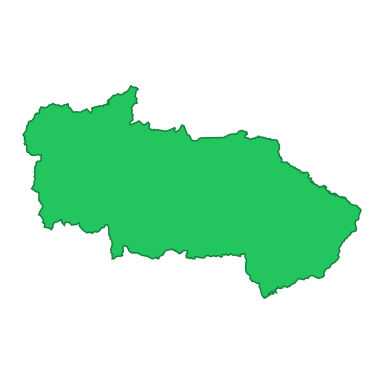 Wiang Sa, Nan, Thailand (Albers equal-area conic projection)
{"feature_id": "78962969B97017444217792", "entity_name": "Wiang Sa", "entity_type": "district", "adm_level": 2, "iso_a3": "THA", "parent_name": "Thailand", "parent_adm1": "Nan", "projection": "albers", "projection_center": [100.768, 18.56], "detail": "fine", "context": "isolated", "style": "filled", "palette": "green", "viewbox_px": 384, "rotation_deg": 0, "n_neighbors": 0, "source": "geoboundaries", "source_scale": "gbopen_adm2", "svg_char_len": 5993}
<svg xmlns="http://www.w3.org/2000/svg" viewBox="0 0 384 384"><path d="M41.0,107.0L39.2,110.5L39.6,112.6L38.4,113.4L37.6,113.1L35.9,113.6L36.1,114.1L34.9,114.8L34.2,117.6L31.7,120.9L30.3,120.9L28.3,122.2L28.6,123.8L26.9,125.8L26.3,130.4L23.0,134.8L24.5,136.6L24.3,137.9L25.1,138.3L24.3,140.0L25.7,141.5L24.2,143.6L24.9,144.8L26.7,145.3L27.0,147.1L26.5,149.8L27.4,152.3L28.9,152.3L30.6,154.7L33.5,155.5L38.5,154.4L39.8,155.3L41.4,154.9L40.9,158.1L41.2,159.9L40.1,161.1L37.8,161.2L36.6,162.1L36.0,163.0L36.3,165.0L34.9,166.8L34.9,170.9L34.3,171.7L34.9,173.5L34.7,176.3L34.2,176.8L35.4,179.1L34.3,180.8L34.0,184.8L31.6,188.7L36.0,191.6L39.1,192.8L38.8,200.2L40.1,201.3L40.1,202.2L41.6,204.4L42.5,204.8L42.7,207.1L40.2,211.0L38.7,214.8L39.9,214.9L42.8,218.7L43.4,221.8L42.6,222.4L44.8,223.8L44.3,227.2L49.6,228.2L51.2,229.7L53.0,227.0L52.8,225.2L54.3,222.6L57.9,221.5L61.2,219.6L62.0,222.6L64.4,225.3L65.1,222.7L65.6,222.4L69.1,222.4L71.6,225.0L76.6,224.4L79.1,223.0L79.5,223.7L79.4,225.9L82.5,229.8L86.8,232.8L90.9,232.1L91.8,233.4L95.0,231.5L96.8,232.1L98.2,231.7L100.2,230.0L100.7,228.5L104.2,227.3L105.1,225.0L107.8,225.1L108.8,228.1L108.9,235.0L110.4,236.9L110.1,238.6L111.7,240.3L112.3,244.3L110.8,249.7L111.2,252.9L112.6,254.0L111.9,255.4L112.5,257.2L112.1,258.8L113.8,258.9L116.6,256.3L121.2,256.1L122.6,255.4L122.6,254.9L121.7,254.6L121.7,253.7L123.3,251.7L122.9,247.0L124.5,245.5L127.4,247.1L129.1,251.0L131.6,252.9L137.6,253.0L141.8,255.3L147.2,256.2L152.2,258.9L156.7,257.4L157.3,258.7L158.7,258.7L159.7,256.2L163.4,254.7L163.8,252.6L164.7,252.2L165.6,250.6L172.4,249.1L173.5,250.3L175.0,250.1L175.6,251.3L176.9,251.3L177.2,252.1L178.8,252.8L178.7,253.4L180.1,253.6L181.9,252.4L182.6,251.2L184.5,250.5L187.1,250.9L187.8,252.5L186.5,253.6L186.7,254.5L186.0,255.6L186.3,257.4L187.3,258.0L188.5,257.4L190.1,258.5L191.3,257.8L192.5,258.7L195.0,258.7L194.8,257.0L196.3,256.6L198.4,257.4L204.1,258.0L205.8,256.0L208.4,255.4L209.5,256.3L211.4,256.5L214.2,255.5L216.0,256.6L217.7,255.7L219.0,255.7L220.3,256.8L221.6,257.0L222.4,256.3L222.8,254.4L225.4,255.0L226.0,254.0L228.2,255.4L231.1,253.9L232.9,255.4L235.5,254.7L237.8,256.0L239.2,255.9L240.2,256.5L240.7,256.1L240.5,254.5L245.0,253.9L245.0,256.7L246.6,260.4L246.0,261.8L245.6,268.0L246.2,272.3L248.3,274.5L250.3,275.6L249.9,278.3L252.1,281.4L254.0,281.4L256.6,283.1L259.1,283.4L259.4,287.3L260.5,289.5L261.7,294.5L263.1,297.0L264.6,297.0L264.4,298.1L266.5,297.2L266.9,296.3L268.1,296.1L269.0,293.2L269.4,293.3L269.2,295.0L270.8,294.5L270.3,293.1L272.0,291.5L272.6,294.0L273.7,293.7L273.1,292.5L274.4,291.6L276.3,292.6L275.2,290.1L275.9,290.2L275.9,289.2L277.6,288.4L277.7,287.2L279.5,288.3L282.1,288.1L283.6,286.1L287.3,287.3L288.5,286.4L289.4,286.6L292.1,283.9L293.4,283.8L295.0,282.8L298.3,278.6L304.1,279.7L304.8,278.7L307.5,277.8L308.1,278.3L309.6,276.2L311.5,275.5L312.7,275.6L318.4,278.4L322.4,277.2L324.3,275.7L323.7,273.1L326.0,268.9L329.6,267.7L331.2,264.5L335.4,261.8L338.5,258.3L339.0,256.6L337.9,255.2L339.8,250.8L338.6,248.1L340.3,246.5L342.6,242.2L344.2,241.2L344.9,239.1L346.9,238.4L347.7,236.5L349.0,235.8L351.0,233.6L351.3,232.2L355.5,231.1L356.3,230.2L356.3,227.6L355.2,224.3L355.4,221.0L358.2,219.6L358.8,218.8L358.7,215.8L361.0,210.3L360.3,209.2L356.3,205.4L353.3,205.1L349.7,203.6L349.7,202.4L348.6,202.2L348.7,201.6L347.2,200.6L346.0,199.1L346.2,198.5L345.4,198.1L343.8,198.2L344.0,197.7L343.3,197.7L343.7,197.3L342.3,197.4L342.3,196.8L340.7,197.4L340.5,196.8L339.2,196.8L337.9,195.5L336.8,194.9L336.2,195.2L336.4,194.7L335.6,194.4L335.9,194.0L335.3,193.5L334.9,194.4L334.1,193.9L333.9,194.8L332.6,194.1L332.7,193.5L331.4,194.1L330.3,193.4L330.4,192.0L329.5,192.0L329.4,192.6L329.1,192.1L328.3,192.3L327.8,191.8L328.4,190.8L326.5,190.1L325.7,188.5L326.5,187.3L325.9,186.8L326.0,187.5L324.9,188.0L324.8,186.2L324.0,185.4L322.6,186.0L322.3,186.8L320.0,186.6L319.5,187.4L317.4,185.3L314.1,184.0L313.9,182.9L312.7,183.0L312.7,181.4L311.3,182.4L311.1,181.8L311.6,181.0L310.6,180.2L311.1,179.1L310.4,179.4L309.9,178.8L310.6,178.2L309.1,178.2L308.0,177.1L309.1,175.6L307.5,172.4L304.2,172.5L303.6,173.2L302.8,172.4L301.9,172.6L299.4,170.0L297.9,170.2L297.9,169.5L295.2,168.2L294.9,167.3L293.8,167.8L292.5,166.3L290.8,166.2L289.1,163.8L287.9,163.5L287.6,162.3L284.5,162.4L281.4,161.7L281.9,159.3L280.9,158.4L281.3,157.8L280.6,156.9L279.0,155.9L279.3,154.4L278.1,151.8L279.6,148.4L279.0,146.5L279.4,145.0L277.8,142.5L277.6,140.9L276.8,140.2L273.0,139.7L272.2,140.3L270.2,138.8L265.9,138.6L265.3,137.6L263.9,137.9L262.4,137.0L260.8,137.4L258.7,136.2L257.9,136.4L257.7,137.4L256.2,137.3L255.2,138.5L254.6,137.9L252.5,138.9L251.7,138.6L250.7,139.7L247.8,137.9L245.1,137.4L245.4,135.3L247.4,134.2L246.5,131.7L245.1,132.3L243.8,131.1L241.4,130.5L239.1,131.2L237.0,133.7L230.6,134.3L227.7,135.3L224.0,137.5L201.5,137.9L198.7,138.8L197.6,140.5L194.3,141.0L192.1,140.2L191.0,139.0L189.8,135.9L187.3,134.4L184.5,127.7L184.3,126.3L182.1,125.0L180.9,126.5L179.6,129.7L175.7,132.0L174.2,130.4L175.2,128.6L174.7,127.7L168.4,130.6L165.2,131.2L157.6,129.8L155.1,130.0L153.8,129.3L152.2,130.3L148.9,127.9L149.6,124.3L148.2,122.3L143.9,125.2L139.0,120.9L136.5,122.4L130.4,124.8L129.7,124.1L129.8,123.2L130.6,121.6L132.7,120.1L132.9,118.5L132.1,117.1L133.2,115.6L131.8,113.4L132.1,109.6L131.3,108.3L134.0,104.0L137.1,103.0L136.3,100.7L137.0,98.8L135.4,97.1L135.3,95.5L136.2,90.8L138.2,89.1L135.7,87.3L133.8,87.5L130.7,85.9L129.1,89.1L126.9,91.7L124.6,92.5L123.1,93.7L122.9,94.4L120.2,94.7L117.7,93.8L116.4,95.0L113.1,95.6L110.0,99.1L107.9,100.3L107.8,100.9L108.6,101.2L108.6,104.1L107.3,102.9L107.0,104.6L104.0,105.0L103.2,105.3L103.0,106.3L99.4,105.8L98.4,106.5L94.5,107.1L93.0,108.1L92.2,107.7L91.8,108.7L92.3,109.7L92.1,111.2L90.6,112.8L86.6,108.9L85.2,110.2L83.5,110.4L80.4,112.3L76.2,111.8L73.1,112.2L70.3,108.0L68.4,107.0L68.3,104.3L67.6,103.8L65.8,104.9L64.1,104.8L61.8,106.7L59.4,105.3L57.6,104.9L56.1,105.2L52.8,103.4L51.7,104.5L49.1,105.1L47.1,107.3L44.4,107.6L41.0,107.0Z" fill="#22c55e" stroke="#15803d" stroke-width="1.5"/></svg>